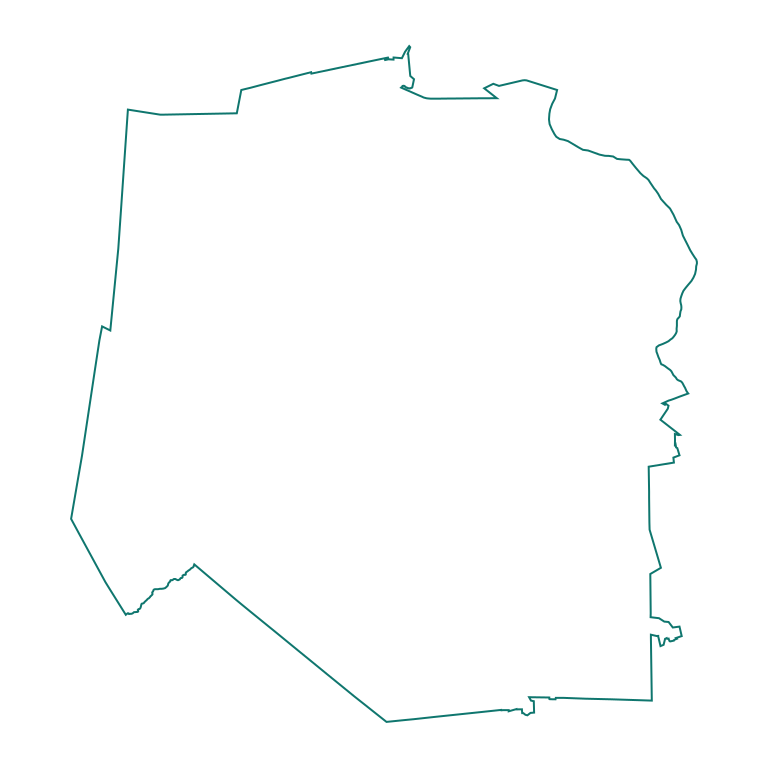 Mier, Tamaulipas, Mexico
{"feature_id": "50627088B19734737763323", "entity_name": "Mier", "entity_type": "district", "adm_level": 2, "iso_a3": "MEX", "parent_name": "Mexico", "parent_adm1": "Tamaulipas", "projection": "albers", "projection_center": [-99.247, 26.417], "detail": "fine", "context": "isolated", "style": "outline", "palette": "teal", "viewbox_px": 768, "rotation_deg": 0, "n_neighbors": 0, "source": "geoboundaries", "source_scale": "gbopen_adm2", "svg_char_len": 5982}
<svg xmlns="http://www.w3.org/2000/svg" viewBox="0 0 768 768"><path d="M110.1,589.7L125.8,614.8L126.4,614.3L127.4,613.5L127.6,613.3L128.2,613.3L128.5,613.3L128.8,613.6L129.0,614.0L129.9,613.9L130.5,613.8L131.4,613.8L132.0,613.6L132.7,613.3L133.4,612.7L133.8,612.3L134.4,612.1L135.4,612.1L136.1,612.0L137.0,612.0L137.3,611.9L137.8,611.8L138.2,611.4L138.2,610.9L138.0,610.3L137.8,610.0L138.0,609.7L138.2,609.4L138.6,609.1L139.4,609.0L139.9,608.7L140.4,608.0L140.7,607.2L140.9,606.4L141.1,605.6L141.2,605.1L141.4,604.2L141.7,603.8L142.2,603.5L142.8,603.5L143.6,603.2L144.1,602.7L144.7,601.8L145.3,601.4L145.7,600.9L146.2,600.5L146.6,600.2L146.9,599.8L147.5,599.1L148.0,598.7L148.8,598.3L149.4,597.7L149.9,597.2L150.3,596.5L151.0,595.9L151.9,595.0L152.3,594.6L152.5,594.2L152.5,593.9L152.3,593.2L152.2,592.7L152.3,592.2L152.7,591.9L153.1,591.4L153.4,590.2L154.2,589.4L155.1,589.2L156.0,589.2L156.7,589.2L158.0,589.2L159.0,589.0L159.8,588.8L160.7,588.8L161.7,588.8L162.4,588.7L163.3,588.6L164.4,588.3L165.1,588.1L165.7,587.6L166.3,587.1L167.3,586.1L167.6,585.8L167.9,585.2L168.0,584.8L168.2,583.8L168.4,583.3L168.8,582.8L169.2,582.3L169.8,581.8L170.1,581.6L170.3,581.3L170.3,580.6L170.6,580.2L170.9,580.2L171.2,580.1L171.6,580.1L172.2,580.1L172.5,580.1L173.0,579.7L173.3,579.4L173.7,579.1L174.3,579.0L174.8,579.0L175.3,579.0L175.8,579.3L176.0,579.4L176.4,579.5L176.7,579.7L177.0,579.9L177.3,580.0L177.6,580.1L178.3,580.1L178.9,579.8L179.6,579.5L180.0,579.1L180.2,578.6L180.6,578.2L181.0,578.0L181.7,578.0L182.1,577.8L182.4,577.5L182.5,577.2L182.6,576.9L182.6,576.6L182.5,576.3L182.5,575.9L182.6,575.6L183.0,575.3L183.5,575.0L184.0,574.8L184.5,574.9L185.3,574.8L185.7,574.6L185.8,574.3L185.8,573.7L185.7,573.4L185.8,572.9L186.0,572.5L186.2,572.2L186.5,572.0L187.0,571.7L187.7,571.2L188.0,570.9L188.6,570.4L189.0,570.2L189.5,569.9L189.8,569.7L190.2,569.3L190.8,568.7L191.3,568.2L191.7,568.0L192.1,567.8L192.5,567.6L193.0,567.3L193.4,566.8L193.7,566.4L193.8,565.6L193.9,565.2L194.2,564.7L194.3,564.4L235.8,599.6L241.1,604.0L250.5,611.7L277.2,633.4L298.2,650.6L310.7,660.8L326.7,673.9L353.7,695.9L357.6,699.0L386.5,721.9L405.3,720.0L413.7,719.2L434.8,716.9L479.7,712.2L501.3,709.9L501.4,710.3L503.4,710.1L508.7,710.1L508.7,711.3L516.4,709.1L516.4,709.4L521.9,709.3L522.2,713.1L523.3,713.1L525.4,714.8L527.4,715.3L530.5,712.9L534.1,712.6L533.8,701.2L531.0,700.6L529.1,697.2L549.3,697.5L549.3,698.9L549.8,699.2L555.5,699.3L555.8,697.9L564.4,697.9L585.5,698.7L610.9,699.3L636.3,700.1L651.8,700.6L650.9,637.2L650.9,634.7L656.6,636.0L658.2,635.9L658.2,636.7L658.6,638.0L660.5,646.1L663.6,644.8L665.1,638.8L666.3,638.3L666.7,638.1L666.9,638.7L667.3,638.8L668.6,638.6L668.7,639.2L669.6,641.2L670.3,641.4L673.9,640.6L674.2,639.9L676.8,638.8L676.0,638.0L681.7,636.1L679.5,626.6L672.8,627.5L668.6,622.0L664.3,621.6L659.0,618.2L650.6,617.2L650.7,613.3L650.3,574.0L660.9,567.8L649.6,529.7L649.4,522.6L649.1,497.0L649.1,491.6L648.8,473.1L648.7,466.7L673.9,462.6L673.4,457.6L679.5,455.3L677.3,448.1L676.1,447.4L675.7,445.0L674.9,446.4L675.0,439.8L674.9,434.0L678.4,435.1L679.9,434.9L660.4,419.7L667.8,408.7L668.5,405.7L665.5,403.5L664.9,404.8L662.4,403.4L668.6,400.6L671.2,399.8L674.5,398.6L679.4,396.7L688.2,393.5L687.8,393.0L686.4,390.9L685.1,387.9L684.0,386.0L683.2,384.4L682.2,382.6L681.0,381.4L679.6,380.8L678.3,380.3L676.9,379.3L675.8,377.5L673.4,375.1L672.3,373.0L671.4,371.3L670.2,370.0L667.8,368.3L664.8,366.0L662.7,364.8L661.3,364.3L660.6,362.8L659.7,359.9L658.5,357.3L657.2,353.6L656.5,351.8L656.3,349.6L656.3,348.2L656.6,347.1L657.6,346.4L658.9,345.4L660.8,344.7L662.9,343.9L666.0,342.5L668.5,341.2L670.4,339.6L672.3,338.3L673.7,336.7L675.1,334.8L676.1,333.1L676.7,331.4L676.6,328.8L676.9,325.8L676.9,323.2L676.9,320.9L677.3,319.3L677.8,318.6L679.0,317.4L679.8,316.3L680.1,313.8L680.5,311.3L681.3,309.3L681.4,307.1L681.2,305.2L680.7,303.3L680.3,301.0L680.5,298.7L681.3,296.1L682.3,293.3L683.5,290.7L685.7,287.8L688.0,285.0L691.4,281.0L693.4,277.7L695.1,273.9L696.0,269.6L696.2,266.3L696.9,263.6L696.9,261.9L696.3,259.6L694.9,257.7L692.5,254.0L690.2,250.2L687.8,245.3L685.1,240.0L682.9,235.6L681.2,229.8L679.1,225.1L676.7,221.8L673.5,214.7L670.0,208.5L666.3,204.9L663.4,201.7L661.0,199.0L658.1,193.7L655.8,190.4L654.1,188.4L650.4,182.9L648.5,179.9L646.7,178.2L643.3,175.9L640.4,173.2L635.8,167.8L632.5,163.7L630.2,160.7L629.0,159.8L626.5,159.7L620.9,159.3L617.0,158.9L615.4,157.9L613.2,156.5L608.7,155.9L605.0,155.8L599.5,154.6L588.1,150.5L582.9,149.8L578.4,147.3L568.0,141.1L563.6,139.7L559.7,139.0L556.3,136.8L554.5,134.2L551.8,129.2L549.6,124.1L549.0,119.4L549.4,113.6L550.2,109.2L552.2,103.8L555.0,98.5L557.1,90.0L526.6,80.4L524.7,80.2L522.5,80.4L499.0,85.9L493.3,83.8L484.2,88.3L496.8,98.2L477.7,98.3L467.0,98.4L455.9,98.5L455.7,98.5L453.0,98.5L443.7,98.6L435.2,98.7L433.1,98.7L431.3,98.7L429.8,98.6L428.7,98.5L427.5,98.4L426.2,98.2L425.2,97.9L424.3,97.7L423.4,97.4L422.2,96.8L417.5,94.8L401.1,87.6L401.3,87.4L401.6,87.3L401.8,87.1L402.0,87.0L402.3,87.0L402.5,86.8L402.5,86.5L402.4,86.2L402.5,86.0L402.8,85.9L403.1,85.9L403.3,85.8L403.6,85.8L403.9,85.8L404.2,85.9L404.4,86.0L404.7,86.1L404.8,86.4L404.9,86.6L405.1,86.8L405.4,86.9L405.6,87.0L405.9,87.2L406.0,87.4L406.3,87.5L406.6,87.5L406.8,87.6L407.1,87.7L407.2,87.9L407.5,88.0L407.8,88.1L408.0,88.1L408.3,88.2L408.6,88.2L408.9,88.2L409.1,88.4L409.3,88.4L409.6,88.5L409.9,88.4L410.1,88.3L410.4,88.3L410.7,88.2L410.9,88.0L411.2,87.9L411.4,87.9L411.7,87.8L411.9,87.6L412.2,87.5L412.3,87.3L414.0,79.2L410.3,76.0L410.1,74.3L408.2,54.1L407.7,53.9L410.2,47.2L409.2,46.1L405.1,51.7L401.9,58.2L393.6,57.5L393.5,59.6L388.5,59.3L384.3,60.2L388.8,57.4L368.6,61.6L342.4,67.1L311.4,73.6L311.1,72.2L288.3,78.0L285.3,78.7L277.7,80.7L260.2,85.2L250.8,87.7L245.4,89.0L245.0,89.1L241.3,90.0L236.8,113.3L161.1,114.7L159.8,114.6L139.9,111.5L127.9,109.6L124.1,164.6L120.9,211.3L118.3,248.6L110.3,330.5L102.1,326.4L99.4,340.4L95.0,369.3L82.0,455.7L77.9,479.4L71.1,518.9L78.5,532.6L105.4,582.1L110.1,589.7Z" fill="none" stroke="#0f766e" stroke-width="2"/></svg>